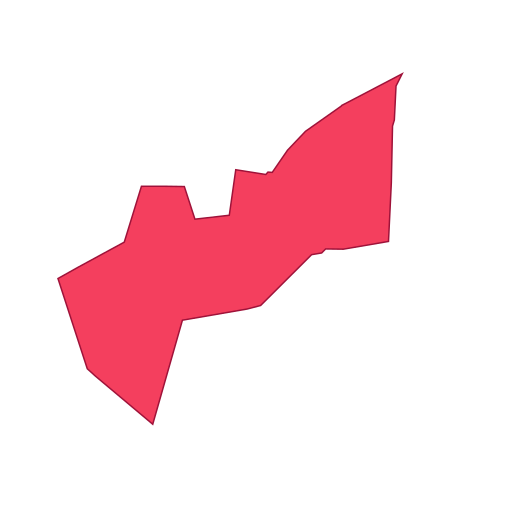 outline of Mary, Mary, Turkmenistan, rotated 252°
{"feature_id": "10190150B21853413573592", "entity_name": "Mary", "entity_type": "district", "adm_level": 2, "iso_a3": "TKM", "parent_name": "Turkmenistan", "parent_adm1": "Mary", "projection": "natural_earth1", "projection_center": [61.716, 37.759], "detail": "fine", "context": "isolated", "style": "filled", "palette": "rose", "viewbox_px": 512, "rotation_deg": 252, "n_neighbors": 0, "source": "geoboundaries", "source_scale": "gbopen_adm2", "svg_char_len": 611}
<svg xmlns="http://www.w3.org/2000/svg" viewBox="0 0 512 512"><g transform="rotate(252 256 256)"><path d="M208.3,231.3L207.5,245.1L240.1,309.3L238.6,319.4L241.2,324.4L235.5,341.2L228.9,386.5L283.7,407.3L337.4,426.0L342.6,429.6L374.4,441.7L384.1,451.3L375.2,398.9L373.1,386.4L372.7,384.0L372.3,383.6L359.3,341.6L346.9,318.7L330.5,297.3L332.1,293.3L330.5,290.5L344.3,263.4L303.0,243.2L309.9,209.3L311.8,209.3L344.2,209.3L350.7,190.2L357.7,168.6L309.9,135.0L300.4,83.9L295.8,60.7L200.9,60.7L191.3,66.2L127.9,105.8L212.2,162.5L217.7,166.2L208.3,231.3Z" fill="#f43f5e" stroke="#9f1239" stroke-width="1.5"/></g></svg>